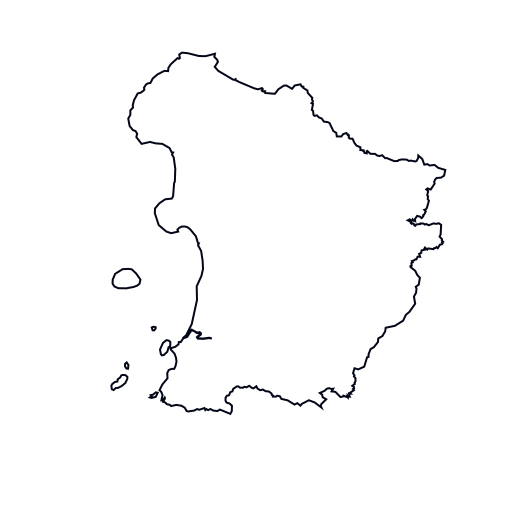 outline of South Santo, Sanma, Vanuatu, rotated 111°
{"feature_id": "77236927B84597259035429", "entity_name": "South Santo", "entity_type": "district", "adm_level": 2, "iso_a3": "VUT", "parent_name": "Vanuatu", "parent_adm1": "Sanma", "projection": "natural_earth1", "projection_center": [166.9, -15.558], "detail": "fine", "context": "isolated", "style": "outline", "palette": "ink", "viewbox_px": 512, "rotation_deg": 111, "n_neighbors": 0, "source": "geoboundaries", "source_scale": "gbopen_adm2", "svg_char_len": 6098}
<svg xmlns="http://www.w3.org/2000/svg" viewBox="0 0 512 512"><g transform="rotate(111 256 256)"><path d="M412.6,223.4L409.5,223.0L404.4,224.8L403.2,227.8L403.4,231.0L402.0,232.6L399.4,233.6L397.0,233.2L395.7,231.3L392.3,231.2L390.8,229.5L388.3,229.7L384.5,227.1L384.1,225.6L384.7,223.8L383.5,220.7L382.3,220.1L382.0,217.8L379.6,215.8L380.6,212.6L380.4,210.8L377.5,209.0L379.2,207.1L379.8,204.0L378.2,201.7L378.8,198.7L377.9,195.5L378.8,192.2L380.1,191.4L380.2,190.0L381.2,189.8L380.1,186.9L378.8,186.1L378.4,183.5L380.3,181.1L379.4,174.8L380.9,166.8L378.6,164.7L379.8,160.9L377.7,160.3L371.7,154.9L371.7,148.7L374.0,140.6L372.8,141.8L370.9,142.0L364.6,139.1L363.9,143.2L361.7,144.6L361.0,147.3L357.2,143.6L354.6,142.4L353.2,140.4L353.1,137.8L352.3,136.4L355.3,136.9L354.4,133.2L357.4,126.6L355.7,124.1L355.1,124.2L355.2,121.6L354.5,121.3L355.2,119.6L353.4,120.4L354.0,119.2L353.7,118.1L352.9,119.0L351.1,119.0L350.9,120.8L350.4,118.3L349.9,119.1L346.2,116.5L345.5,117.8L344.3,117.0L343.1,117.8L342.7,119.6L340.0,117.9L339.0,118.6L337.4,118.2L334.5,119.3L333.3,121.4L332.2,121.3L330.6,123.4L325.5,123.8L325.2,119.9L320.5,115.3L310.7,116.0L309.9,114.8L307.4,115.7L301.9,115.7L298.9,113.3L292.6,111.3L289.2,112.3L285.4,109.3L280.1,108.4L276.5,109.2L271.4,101.3L263.7,95.5L257.2,95.0L253.3,92.8L243.5,90.3L237.3,94.0L232.9,93.4L228.9,94.5L227.5,95.8L224.4,93.8L217.6,95.2L215.8,98.8L212.8,102.0L210.9,107.9L210.0,108.2L209.2,107.2L207.0,108.4L205.7,107.4L204.8,108.6L203.2,106.6L202.2,106.3L201.6,105.0L198.8,104.9L197.9,102.5L195.6,104.5L193.9,102.9L191.4,103.4L189.7,100.8L189.3,101.5L187.6,101.3L188.6,98.3L187.2,97.9L186.0,92.7L184.9,92.6L184.2,91.2L182.9,90.7L183.6,89.1L179.4,88.3L178.5,86.7L177.4,86.3L176.7,87.2L175.7,86.4L174.9,88.1L173.6,88.4L172.2,91.5L169.6,91.4L160.6,94.3L159.9,97.1L161.3,99.0L162.0,102.0L165.4,105.8L165.1,108.5L166.1,109.5L165.7,111.1L166.6,114.1L167.3,114.1L169.1,117.7L170.7,118.1L170.7,119.1L169.3,120.4L169.4,121.6L170.2,122.1L169.7,123.4L168.7,123.7L168.3,127.1L166.7,125.6L167.9,123.3L165.7,123.0L166.6,121.7L166.1,121.3L166.3,120.0L164.8,120.9L160.8,119.9L160.5,117.2L161.3,115.0L159.1,114.1L157.9,114.6L157.2,113.9L153.5,113.5L152.6,115.4L151.5,114.1L149.8,113.7L142.4,114.4L141.2,116.2L138.7,116.7L138.0,117.9L133.7,118.5L132.8,120.9L131.4,120.1L131.3,116.7L124.4,115.2L123.0,116.2L120.5,116.2L118.4,115.3L116.6,111.4L113.6,109.2L107.8,110.1L108.4,117.4L107.0,121.9L109.3,126.3L108.8,129.0L110.4,131.6L105.9,135.5L104.0,140.5L106.4,139.7L109.8,140.2L110.7,141.3L111.5,145.7L112.5,147.4L112.0,149.8L113.5,154.3L115.2,157.0L116.5,157.7L117.9,161.0L117.7,169.0L118.4,170.5L116.7,174.3L118.4,176.5L118.8,178.8L118.0,181.4L119.6,185.8L118.0,189.8L118.4,190.2L120.5,189.4L120.9,191.7L118.9,193.3L119.5,193.7L119.1,194.7L119.7,196.5L117.1,197.5L116.9,201.8L115.2,204.6L111.9,207.9L112.8,210.4L112.3,211.8L110.1,212.5L109.6,213.4L110.1,213.8L108.8,215.6L110.8,218.2L113.9,219.2L115.4,223.4L112.3,225.2L111.6,228.6L105.6,234.9L105.3,237.0L106.2,240.8L104.1,243.9L104.1,246.7L102.9,249.6L104.2,251.7L103.6,252.9L100.1,254.7L99.6,256.2L93.5,257.3L93.4,258.9L91.4,258.2L89.6,259.9L88.2,260.1L85.2,266.1L83.1,267.3L82.1,272.1L81.0,272.5L81.4,274.1L79.8,276.0L83.0,281.0L87.0,282.2L85.9,288.7L87.0,291.1L92.4,294.9L97.8,296.5L100.5,305.7L100.2,306.5L98.9,306.6L99.9,308.9L99.5,309.9L97.7,309.5L97.1,310.6L99.7,313.9L100.1,317.8L99.6,334.0L99.2,337.6L98.2,338.4L99.4,339.4L99.5,340.9L96.7,357.5L94.2,362.3L88.4,361.1L86.7,362.6L85.0,366.3L81.9,366.8L87.5,374.7L88.8,378.2L89.8,381.3L91.1,392.3L92.7,398.0L95.4,399.9L98.5,398.0L99.5,398.6L99.4,400.2L107.6,404.3L111.8,405.2L114.9,404.3L116.0,407.9L121.7,413.0L127.2,416.0L132.3,416.6L133.5,418.7L135.3,420.1L139.0,420.9L140.8,419.8L141.8,420.2L144.8,422.1L146.6,424.7L154.2,425.7L159.4,425.1L161.5,424.0L165.1,425.5L169.2,423.9L173.5,424.5L179.9,420.6L182.6,416.0L182.5,413.3L184.4,410.8L187.9,410.3L192.3,403.0L187.5,395.8L186.8,390.0L184.9,383.6L186.2,375.4L189.4,371.9L189.1,370.5L191.4,370.8L193.4,368.2L203.5,362.6L215.7,358.4L217.2,358.6L230.0,354.8L232.6,355.2L235.6,361.1L241.4,365.1L247.8,367.3L252.3,365.8L262.0,357.9L265.3,348.5L265.1,343.4L261.1,337.4L259.5,338.8L257.1,337.7L255.0,335.7L253.9,332.8L253.7,330.3L254.6,327.1L259.1,319.2L265.1,314.5L264.8,313.9L266.8,313.9L271.0,309.0L279.6,304.1L287.2,300.8L294.2,299.8L305.5,300.5L318.3,295.3L342.6,291.6L355.1,292.8L357.9,294.4L358.1,293.7L356.0,292.2L349.0,291.0L347.8,289.8L348.6,283.5L347.3,281.4L347.7,279.9L349.1,279.3L352.7,281.6L353.6,280.9L352.1,276.0L349.1,270.5L348.8,268.9L349.0,267.8L349.5,270.5L352.3,275.6L354.0,280.8L352.9,282.1L348.9,280.0L348.0,280.4L349.1,283.7L348.3,286.7L348.5,289.6L356.2,291.3L358.2,293.5L358.4,294.3L363.3,295.4L364.0,297.2L366.3,296.7L369.8,298.9L372.8,302.7L373.7,302.3L376.4,297.0L379.7,294.2L383.0,292.4L387.6,291.7L390.7,291.9L391.6,294.3L393.7,296.6L397.1,296.9L401.9,294.8L409.5,297.4L415.8,298.0L416.8,295.8L419.3,293.4L424.7,292.6L424.0,291.2L420.9,290.5L421.5,290.0L425.4,290.5L425.3,288.2L426.3,286.2L425.8,283.2L426.5,281.4L423.6,277.1L422.5,272.0L423.2,268.1L425.6,265.2L425.4,263.5L422.5,258.4L420.0,256.1L419.9,253.9L416.4,249.6L418.0,248.1L416.7,247.5L417.0,245.5L415.2,243.7L415.6,240.5L414.6,236.5L412.3,234.6L412.6,223.4ZM335.4,373.0L332.7,365.6L328.8,359.2L326.1,356.2L323.6,354.8L319.5,355.4L315.4,361.4L313.0,367.1L313.7,370.4L316.1,375.8L323.1,381.1L329.4,381.3L333.2,380.0L335.2,377.3L335.4,373.0ZM425.7,334.9L421.5,332.5L416.8,332.1L414.9,332.8L414.0,335.2L414.9,338.1L415.9,339.0L418.2,339.3L420.6,340.9L422.8,340.4L424.3,342.7L427.0,344.3L428.8,344.6L432.0,342.9L432.2,340.9L429.4,339.5L428.7,337.7L425.7,334.9ZM372.6,304.9L370.9,303.8L366.9,305.2L366.3,307.0L366.6,309.4L370.5,311.7L377.7,312.1L381.6,309.7L382.5,308.3L381.5,306.6L377.2,304.5L372.6,304.9ZM423.4,299.1L418.9,298.8L419.2,300.7L422.3,302.4L423.6,304.4L424.3,303.2L426.1,304.4L426.0,302.7L423.4,299.1ZM407.1,335.1L403.5,336.0L401.7,338.6L403.7,339.6L406.1,338.6L407.5,336.6L407.1,335.1ZM362.0,324.5L359.7,323.7L358.4,324.2L358.8,326.4L360.1,327.7L362.4,325.9L362.0,324.5Z" fill="none" stroke="#020617" stroke-width="2"/></g></svg>